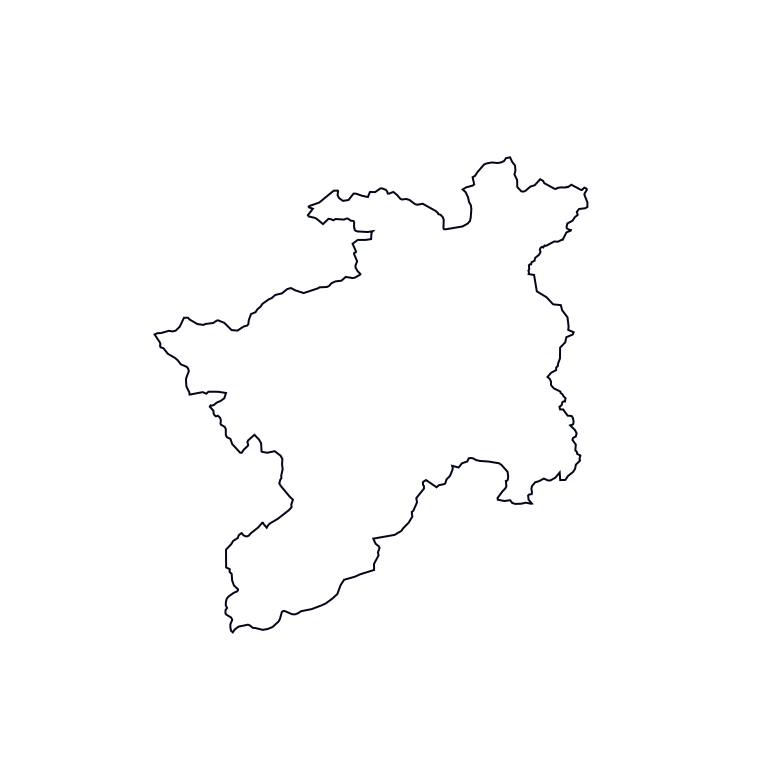 Thuan Chau, Son La, Vietnam (Albers equal-area conic projection), rotated 136°
{"feature_id": "81297802B46916310956334", "entity_name": "Thuan Chau", "entity_type": "district", "adm_level": 2, "iso_a3": "VNM", "parent_name": "Vietnam", "parent_adm1": "Son La", "projection": "albers", "projection_center": [103.593, 21.415], "detail": "fine", "context": "isolated", "style": "outline", "palette": "ink", "viewbox_px": 768, "rotation_deg": 136, "n_neighbors": 0, "source": "geoboundaries", "source_scale": "gbopen_adm2", "svg_char_len": 6166}
<svg xmlns="http://www.w3.org/2000/svg" viewBox="0 0 768 768"><g transform="rotate(136 384 384)"><path d="M176.6,471.2L180.5,464.9L182.3,465.1L188.1,468.3L192.3,469.3L192.0,465.3L193.9,459.8L196.4,455.9L197.3,452.4L199.6,449.2L206.1,443.4L209.0,441.5L212.5,441.3L218.1,442.8L232.4,452.6L233.3,453.8L232.9,454.9L227.0,460.6L225.8,463.2L225.8,466.5L226.9,468.4L226.4,469.6L226.6,472.5L230.9,486.7L235.7,490.0L236.7,491.8L237.9,498.9L239.6,501.8L242.9,504.2L243.6,505.8L243.3,511.3L243.9,515.7L248.1,517.4L249.0,518.3L247.9,520.6L247.8,522.4L249.5,526.1L250.7,527.2L257.1,528.2L260.7,531.9L265.7,529.7L268.9,534.4L271.9,540.3L273.6,542.1L281.7,541.0L286.3,544.2L287.2,549.0L286.3,552.0L283.0,554.7L283.0,555.3L285.9,558.0L304.5,559.5L314.1,563.9L315.1,563.8L315.2,563.0L313.4,559.5L321.5,558.3L321.7,556.7L318.3,551.5L317.7,549.5L316.8,541.4L309.2,541.4L307.5,539.1L306.7,536.9L304.3,536.4L298.6,530.1L295.6,528.8L295.0,527.9L294.5,524.7L292.7,522.4L293.1,521.1L296.5,517.7L298.1,514.9L297.9,513.8L297.3,512.4L290.2,504.7L285.9,501.7L287.8,501.6L292.6,497.2L297.4,500.6L302.8,505.9L309.2,506.7L312.1,498.7L312.9,498.3L314.4,499.0L315.1,498.6L318.1,490.9L322.3,489.0L323.6,487.5L324.6,483.6L324.6,479.5L325.5,479.3L331.0,480.7L333.0,482.0L337.1,487.6L342.9,487.9L347.6,491.5L351.8,493.0L355.4,492.7L357.6,493.4L363.2,498.3L365.3,498.8L378.6,505.2L382.7,512.9L384.3,517.7L387.7,519.5L394.5,520.1L400.4,523.6L405.1,523.8L407.8,524.9L415.7,526.1L419.3,525.4L423.1,525.7L426.5,524.9L431.1,526.7L437.0,523.8L440.0,521.3L441.8,521.1L445.2,522.9L452.3,524.2L456.2,528.7L456.4,538.9L459.1,545.0L460.3,545.8L464.4,546.5L471.0,551.4L472.8,551.9L476.6,556.7L479.0,565.3L479.0,567.9L481.9,570.6L491.1,567.1L496.8,567.1L499.5,568.6L501.8,571.7L509.1,575.6L511.8,578.0L514.6,579.0L516.3,569.8L517.0,568.1L518.5,567.2L519.2,565.6L517.8,562.9L518.5,555.9L516.2,547.7L515.9,544.2L516.5,539.3L514.0,533.4L514.2,531.1L515.5,528.8L522.1,525.7L523.9,524.2L527.9,519.4L529.8,513.3L531.2,511.4L520.1,504.1L518.5,500.4L515.8,500.4L514.9,499.7L508.6,493.5L503.9,487.3L508.8,484.7L513.3,485.3L517.2,486.8L521.0,487.1L522.9,488.0L523.6,489.1L525.1,488.7L525.2,483.4L527.0,481.2L527.6,479.5L527.4,477.5L525.5,476.6L525.4,473.5L526.4,471.4L529.1,469.1L529.6,468.1L528.4,464.0L529.0,461.6L533.1,457.3L533.8,455.6L533.9,454.6L532.6,451.3L534.9,446.3L535.2,434.6L534.2,433.4L530.2,434.2L524.8,434.1L524.1,434.4L522.5,437.2L521.0,437.8L512.5,437.5L512.5,430.9L513.6,426.7L518.9,420.6L518.9,420.0L515.8,415.7L509.3,411.6L508.2,404.3L509.2,400.6L513.0,397.2L516.1,393.1L521.7,389.4L523.1,387.6L525.3,387.1L528.4,385.2L529.1,382.2L530.1,368.6L529.9,364.0L534.5,361.7L536.0,359.6L539.7,359.3L554.1,360.8L562.7,362.9L565.6,362.9L568.2,362.1L567.9,366.9L567.4,368.0L567.9,368.8L574.2,368.2L583.0,369.1L586.8,368.9L588.5,369.6L589.6,371.1L590.2,372.9L590.0,375.7L591.2,375.9L593.5,376.1L596.2,374.8L601.5,375.9L605.2,374.9L612.7,374.6L625.0,361.7L623.6,358.0L625.6,356.0L625.5,353.2L629.7,348.2L631.9,343.3L631.6,337.8L632.4,337.0L633.8,336.9L637.2,338.2L643.3,339.1L646.3,338.8L649.2,337.0L651.5,334.8L652.5,331.9L655.2,331.4L657.3,329.2L657.7,328.0L656.2,322.2L656.9,319.8L661.4,317.9L663.7,315.5L665.4,312.8L665.3,310.4L661.8,311.1L657.2,310.5L649.1,305.4L648.2,303.5L647.7,299.6L646.3,298.2L642.0,291.4L637.9,288.6L632.9,286.6L624.9,286.4L622.4,287.1L615.9,290.9L614.2,290.8L613.0,289.4L610.2,282.5L608.2,280.2L605.3,278.9L601.4,278.1L592.4,272.3L582.6,268.1L578.4,266.6L570.0,265.5L563.5,265.3L555.1,269.4L548.7,270.9L538.8,265.6L533.4,263.7L520.3,257.1L516.2,261.5L507.0,264.5L505.3,267.1L501.1,269.2L500.5,270.8L501.0,275.0L499.1,280.2L481.2,268.1L473.6,266.3L470.4,266.9L462.7,267.1L455.8,268.9L453.0,272.6L450.8,272.5L442.5,275.9L440.0,279.5L427.9,281.0L426.2,282.8L426.1,284.0L424.8,285.9L423.7,286.4L420.5,285.7L417.9,273.2L414.9,273.1L409.9,270.0L408.6,270.1L405.2,272.0L400.5,272.0L394.4,274.7L392.8,275.9L391.8,277.8L388.3,272.1L383.0,272.8L377.8,270.4L374.7,271.7L372.8,270.3L371.5,268.5L370.6,265.3L368.2,261.7L362.9,255.9L356.4,247.2L355.7,244.2L356.1,235.0L359.1,231.0L361.5,229.1L362.6,229.0L363.7,229.6L367.1,225.3L369.4,224.6L373.1,224.5L381.6,223.1L382.5,221.7L378.7,216.2L374.0,212.8L374.4,209.3L372.9,206.6L368.5,202.6L364.4,200.1L361.3,195.6L360.7,195.2L360.4,200.3L357.8,203.7L356.4,203.7L354.3,202.2L353.2,202.8L350.7,206.3L348.4,207.8L343.5,208.3L340.2,206.5L334.7,204.9L333.0,200.6L331.4,199.1L326.0,197.6L319.1,198.3L324.0,192.5L320.2,189.0L315.8,190.0L308.8,189.4L305.4,190.3L302.0,192.7L296.2,192.7L295.5,194.2L292.4,196.2L293.6,199.4L292.4,201.3L292.5,203.3L288.1,207.2L287.3,212.8L285.4,213.9L282.6,213.0L279.7,214.7L278.6,218.3L278.8,224.9L276.2,223.7L275.4,223.9L273.6,225.4L271.6,228.6L271.3,230.7L273.9,233.7L272.8,241.2L275.0,243.4L273.6,245.7L270.9,245.4L268.5,246.9L267.0,246.8L266.0,245.7L263.3,247.7L263.4,250.6L262.8,252.4L263.1,255.0L262.4,256.1L264.8,262.6L264.8,265.8L264.5,267.3L262.2,269.7L261.2,272.6L261.5,275.5L255.9,276.0L250.5,274.4L248.9,276.1L246.2,276.3L244.9,277.6L239.6,280.2L232.1,287.8L224.6,288.1L220.4,291.0L213.9,288.5L211.6,289.5L213.9,294.9L211.3,297.1L205.7,304.5L204.6,313.4L202.0,317.9L206.6,323.3L207.0,324.3L206.8,333.4L209.7,344.5L200.3,358.2L203.6,362.6L202.0,363.8L201.4,365.2L199.9,365.6L197.2,368.8L196.2,368.8L195.1,367.9L193.2,369.1L190.1,368.1L187.7,369.7L182.7,369.3L179.7,370.2L178.6,372.4L176.6,373.2L175.0,372.9L174.6,371.6L172.3,372.1L171.8,371.1L170.4,370.5L162.6,368.3L160.1,365.6L155.5,364.1L155.3,363.6L147.5,366.3L143.1,364.6L142.6,364.9L144.0,367.0L144.3,369.1L143.4,370.3L140.5,372.1L135.0,370.5L130.8,371.4L127.2,371.1L125.7,373.9L122.1,374.4L117.1,370.6L114.7,370.1L111.6,373.2L108.4,380.9L107.4,381.7L103.4,382.7L102.6,383.7L103.5,386.1L106.9,386.1L107.4,386.6L110.8,397.2L115.1,397.9L115.5,398.9L116.9,399.2L120.0,402.4L123.0,404.6L124.5,404.7L125.7,405.9L129.2,417.1L128.5,419.6L129.4,422.8L137.5,422.3L141.6,424.3L148.2,424.7L150.0,425.5L151.4,427.2L151.3,433.1L146.5,438.3L144.6,444.1L141.1,446.3L138.0,450.2L137.5,454.7L135.9,459.5L139.3,461.7L142.7,461.0L145.7,462.0L148.6,463.9L152.6,468.5L157.2,471.5L159.7,472.4L169.5,471.5L173.9,470.5L176.6,471.2Z" fill="none" stroke="#020617" stroke-width="2"/></g></svg>